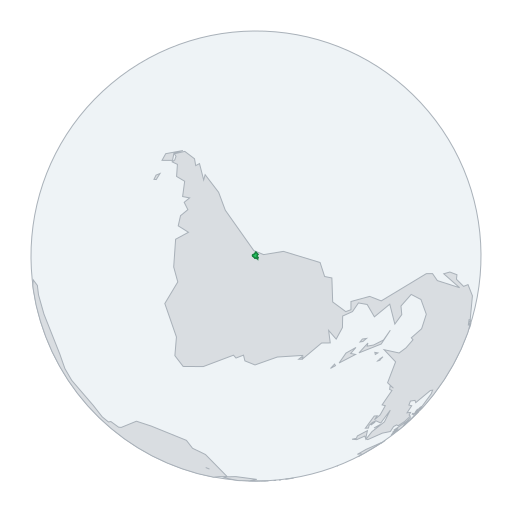 Arica y Parinacota highlighted on a globe, orthographic projection, rotated 140°
{"feature_id": "CHL-2694", "entity_name": "Arica y Parinacota", "entity_type": "Region", "adm_level": 1, "iso_a3": "CHL", "parent_name": "Chile", "parent_adm1": "", "projection": "orthographic", "projection_center": [-69.675, -18.339], "detail": "fine", "context": "on_globe", "style": "filled", "palette": "green", "viewbox_px": 512, "rotation_deg": 140, "n_neighbors": 0, "source": "natural_earth", "source_scale": "10m", "svg_char_len": 5289}
<svg xmlns="http://www.w3.org/2000/svg" viewBox="0 0 512 512"><g transform="rotate(140 256 256)"><circle cx="256" cy="256" r="225" fill="#eef3f6" stroke="#a8b0b8"/><path d="M208.4,35.8L210.9,35.3L217.4,34.1L222.6,33.2L221.8,33.3L227.5,32.5L225.8,32.8L227.9,32.5L226.5,32.8L229.3,32.4L229.5,32.7L234.8,31.8L239.6,31.5L238.2,32.0L231.2,32.7L210.4,37.8L206.9,39.7L208.9,40.9L227.9,41.0L227.0,43.2L230.9,45.6L234.7,43.6L233.0,41.2L241.1,38.8L238.1,36.8L240.9,35.8L240.7,34.1L248.4,33.7L256.2,34.6L256.8,36.2L260.2,36.9L265.9,35.2L273.1,39.1L288.4,43.5L289.4,45.0L280.1,46.9L264.2,46.4L252.2,51.6L267.8,47.9L270.1,52.7L273.8,53.7L278.2,53.6L280.4,51.9L282.9,53.8L268.3,57.4L265.9,55.7L270.5,54.4L263.0,54.5L253.2,58.2L255.1,60.9L238.3,65.6L239.4,67.9L236.4,70.6L235.7,66.4L236.7,74.3L217.1,85.2L218.1,101.9L208.7,89.7L200.1,89.2L189.6,90.9L189.6,93.5L175.9,93.8L163.0,101.9L157.6,116.6L161.8,126.8L177.1,124.5L182.0,117.4L193.4,114.6L184.5,133.1L204.4,133.3L202.0,147.4L207.7,154.2L217.8,151.4L228.2,154.3L235.8,145.6L248.0,140.8L248.2,152.3L255.0,141.7L261.7,147.2L286.0,147.2L284.1,149.8L304.6,164.9L326.8,173.2L331.9,182.8L329.3,188.1L336.9,190.7L337.0,194.5L367.5,205.2L382.8,218.2L382.2,231.8L369.0,245.1L356.4,278.2L332.6,286.4L326.1,300.5L306.8,320.5L292.5,317.6L296.2,329.1L287.9,335.4L278.4,335.3L276.5,343.3L269.5,343.2L274.0,348.7L262.6,359.1L265.7,368.0L257.3,376.7L259.7,382.0L256.5,381.8L253.2,383.8L252.9,386.8L243.3,381.9L240.6,370.0L244.1,364.0L239.9,363.1L247.2,347.9L242.7,351.0L243.7,328.8L250.1,310.8L254.2,261.6L249.3,252.2L232.0,241.9L211.1,209.8L216.6,196.2L212.0,190.4L226.8,171.5L223.0,155.7L217.8,153.8L212.5,160.1L194.9,152.0L188.9,141.1L136.9,133.0L132.1,129.0L132.9,120.6L120.4,100.8L123.6,121.7L117.8,119.1L114.1,112.5L117.4,109.3L116.5,99.3L112.0,97.8L115.8,86.4L132.9,69.5L133.7,70.3L137.7,66.7L137.1,65.9L135.6,66.3L143.2,61.0L158.7,52.8L174.8,45.9L191.4,40.2L208.4,35.8ZM216.7,108.1L239.4,115.6L226.2,117.4L228.8,115.5L223.1,112.2L212.3,109.7L200.8,112.8L216.7,108.1ZM227.5,97.6L223.5,97.2L227.4,96.8L227.5,97.6ZM134.3,67.1L136.6,66.2L135.5,68.1L133.1,68.9L134.3,67.1ZM138.1,64.0L139.3,63.3L134.6,66.3L134.7,66.2L136.5,65.0L138.1,64.0ZM236.4,34.5L238.5,34.3L237.4,34.7L236.4,34.5ZM234.3,34.1L231.6,34.7L230.2,34.6L231.9,34.2L234.3,34.1ZM237.9,33.4L228.1,34.5L225.7,34.4L230.2,33.1L237.9,33.4ZM220.2,33.6L220.8,33.5L217.8,34.0L220.2,33.6ZM259.4,392.4L244.2,383.8L252.7,387.6L258.5,382.9L266.5,389.7L259.4,392.4ZM276.5,380.9L283.3,378.7L284.9,380.3L280.6,382.2L276.5,380.9ZM414.1,95.5L423.0,106.6L420.3,105.6L413.3,100.0L399.0,84.4L406.5,88.5L401.5,84.1L390.9,75.7L393.9,77.8L414.1,95.5ZM448.0,373.8L446.0,376.8L442.0,381.0L442.4,374.0L447.6,366.0L455.8,347.8L469.3,307.1L474.8,292.5L477.1,279.2L476.7,246.0L477.2,231.6L475.7,223.7L473.6,222.5L471.3,213.2L469.4,211.3L453.8,206.3L445.6,193.1L427.8,159.5L428.2,149.5L422.3,136.4L419.9,105.6L426.1,110.7L430.7,113.8L440.6,126.8L449.4,140.5L457.3,154.9L464.1,169.7L469.8,185.0L474.4,200.7L477.8,216.7L480.1,232.9L481.2,249.2L481.1,265.5L479.8,281.8L477.3,298.0L473.7,313.9L468.9,329.5L463.0,344.8L456.1,359.6L448.0,373.8ZM428.6,122.7L430.5,126.3L428.6,122.7ZM286.8,147.1L289.7,149.5L285.8,149.4L286.8,147.1ZM224.3,121.8L229.1,121.8L231.6,123.3L227.9,124.0L224.3,121.8ZM265.6,120.9L271.2,122.0L265.3,122.7L265.6,120.9ZM243.0,116.6L261.1,120.6L249.5,123.8L238.2,121.7L246.1,120.5L243.0,116.6ZM224.9,103.4L227.9,103.9L226.9,105.8L224.9,103.4ZM230.3,97.4L229.1,97.6L227.7,96.3L230.3,97.4ZM271.0,52.5L272.2,52.3L276.7,52.6L274.5,53.3L271.0,52.5ZM296.9,50.6L300.2,53.9L296.3,51.8L294.0,53.0L282.9,50.6L289.4,45.6L288.4,48.1L296.9,50.6ZM269.9,46.9L276.2,48.4L269.0,47.0L269.9,46.9ZM376.8,65.9L377.1,66.0L376.2,65.8L371.0,62.4L370.0,61.7L376.8,65.9ZM386.9,72.7L385.6,71.8L384.8,71.2L386.9,72.7ZM382.4,69.5L381.1,68.7L380.7,68.4L382.4,69.5ZM328.9,42.8L328.2,42.6L328.9,42.8ZM247.7,31.5L244.8,31.7L244.7,31.5L247.0,31.3L247.7,31.5ZM251.0,30.8L259.8,31.0L257.2,31.0L268.0,31.8L265.5,32.4L258.6,31.7L264.8,33.2L257.6,32.9L262.5,34.0L247.3,32.5L241.1,32.8L249.0,32.1L251.5,31.4L250.7,31.2L243.7,31.1L231.4,32.1L231.5,32.1L251.0,30.8ZM306.8,36.5L302.6,35.9L302.7,37.0L305.8,38.9L296.0,37.1L287.0,34.5L279.6,32.4L280.9,32.1L276.3,31.7L275.5,31.6L279.5,32.0L277.8,31.8L306.8,36.5Z" fill="#d9dde1" stroke="#a8b0b8" stroke-width="1"/><path d="M256.6,252.7L256.6,253.0L256.7,253.3L257.0,253.6L257.3,253.9L257.3,254.0L257.3,254.3L257.3,254.5L257.5,254.5L257.8,254.7L257.9,254.8L258.0,254.8L258.2,255.0L257.9,255.2L258.0,255.4L258.1,255.5L258.2,255.8L258.2,256.0L258.4,256.5L258.4,256.8L258.4,257.0L258.5,257.4L258.5,257.5L258.7,258.0L258.5,258.4L258.4,258.6L258.2,258.8L258.0,259.0L257.8,259.0L257.6,259.0L257.4,259.0L257.2,258.9L256.8,258.7L256.4,258.7L256.2,258.6L255.9,258.6L255.6,258.6L255.3,258.6L255.2,258.7L254.9,258.7L254.7,258.8L254.4,259.0L254.2,259.1L253.8,259.3L253.7,259.2L253.8,259.1L253.6,258.7L253.6,258.4L253.6,258.1L253.5,257.8L253.5,257.7L253.5,257.4L253.5,257.2L253.5,256.9L253.6,256.7L253.7,256.4L253.5,256.2L253.4,256.1L253.4,255.9L253.6,255.9L254.0,256.0L254.3,255.9L254.5,255.8L254.6,255.7L254.8,255.7L255.1,255.4L255.3,255.2L255.6,254.6L255.6,254.4L255.5,254.2L255.4,253.9L255.3,253.6L255.5,253.3L255.8,253.3L256.0,253.3L256.1,253.2L256.6,252.7Z" fill="#22c55e" stroke="#15803d" stroke-width="1.5"/></g></svg>